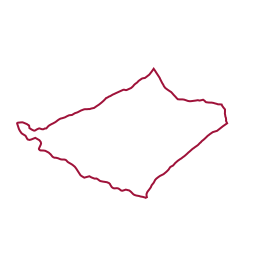 outline of Bidung, Tashigang, Bhutan, rotated 55°
{"feature_id": "84629894B69325222968973", "entity_name": "Bidung", "entity_type": "district", "adm_level": 2, "iso_a3": "BTN", "parent_name": "Bhutan", "parent_adm1": "Tashigang", "projection": "equal_earth", "projection_center": [91.654, 27.391], "detail": "fine", "context": "isolated", "style": "outline", "palette": "rose", "viewbox_px": 256, "rotation_deg": 55, "n_neighbors": 0, "source": "geoboundaries", "source_scale": "gbopen_adm2", "svg_char_len": 4080}
<svg xmlns="http://www.w3.org/2000/svg" viewBox="0 0 256 256"><g transform="rotate(55 128 128)"><path d="M60.5,216.1L61.2,216.4L62.6,216.8L65.2,217.6L66.1,217.9L68.3,218.2L71.3,218.2L72.6,217.7L74.2,217.0L75.6,216.4L76.3,216.5L77.7,216.6L78.7,216.8L79.9,216.7L81.3,215.5L81.9,213.9L82.9,209.6L87.1,207.6L89.3,207.5L90.7,208.0L91.5,208.9L93.8,212.8L94.3,213.1L95.3,213.0L95.8,212.8L96.3,212.4L98.1,210.0L99.3,208.8L102.2,207.3L103.2,206.9L104.1,206.8L105.0,206.5L108.2,206.3L109.4,205.8L110.3,205.1L111.0,204.1L112.6,202.7L114.8,201.3L115.6,200.6L117.3,198.3L118.3,197.4L119.2,197.1L121.0,196.9L122.1,196.5L125.1,195.1L126.3,194.6L129.2,193.8L131.5,193.7L139.5,194.0L141.2,193.4L143.6,192.3L143.8,191.7L145.4,187.3L147.5,186.3L150.3,184.4L151.3,182.8L152.5,182.2L155.0,181.4L155.7,181.0L157.5,179.3L159.5,177.2L160.5,176.2L161.1,175.9L161.9,175.3L162.6,175.1L163.6,174.9L164.6,175.1L167.1,175.2L168.0,174.9L168.9,174.5L169.7,173.7L170.8,171.8L171.6,170.9L172.6,170.3L175.2,169.5L175.7,169.1L176.2,168.5L177.0,166.0L177.1,165.4L177.7,164.7L178.7,163.9L179.1,163.5L179.9,162.8L181.5,162.3L182.4,162.1L185.0,161.7L186.4,161.2L188.0,160.0L190.0,158.0L191.2,157.1L191.7,156.6L193.1,155.2L193.8,154.7L194.3,154.2L195.3,153.6L195.5,152.2L194.4,151.8L192.8,150.8L191.9,149.5L191.4,148.6L190.5,145.7L189.7,143.4L188.5,141.5L188.2,140.5L188.0,139.8L187.6,138.4L187.0,137.2L186.1,135.5L185.7,133.6L185.7,132.8L185.6,131.4L185.6,129.3L186.2,125.4L186.0,123.0L185.9,121.7L185.7,120.4L185.5,119.4L185.3,118.4L185.0,117.8L184.7,117.0L184.3,116.1L184.3,114.7L184.6,112.8L184.3,111.4L184.1,110.6L183.9,109.9L183.7,109.1L183.7,108.5L183.6,107.8L183.5,107.0L183.4,105.8L183.4,104.9L183.4,103.2L183.5,102.0L183.5,101.3L183.4,100.3L183.4,99.2L183.4,98.3L183.3,96.9L183.2,96.1L183.0,94.4L182.9,93.7L182.7,92.6L182.6,91.0L182.5,90.3L182.4,89.4L182.3,88.6L182.2,87.8L182.1,86.9L182.2,85.8L182.1,85.0L182.1,84.3L182.1,83.5L182.1,82.8L182.1,82.1L182.1,81.5L182.1,80.8L182.0,80.1L181.9,79.4L181.7,78.6L181.6,78.0L181.5,77.3L181.5,76.5L181.2,75.8L181.1,75.0L181.0,74.1L181.0,73.1L180.9,72.5L180.8,71.5L180.7,70.8L180.5,69.5L180.4,68.8L180.2,67.8L180.1,67.0L180.1,66.4L180.1,65.6L180.0,65.0L180.0,64.2L180.0,63.4L180.0,62.6L180.0,61.9L180.0,61.0L180.5,59.4L181.2,57.3L181.4,56.7L181.4,56.1L181.3,55.3L181.3,54.7L181.0,49.3L181.0,48.4L181.0,44.7L181.0,44.1L178.3,43.6L177.7,43.0L175.9,42.0L174.6,41.7L173.0,40.9L171.8,40.4L170.8,39.6L168.4,37.9L166.0,38.1L163.6,38.1L162.5,37.8L161.7,38.7L160.2,40.7L159.2,41.4L157.3,43.0L156.5,43.6L155.2,44.9L153.5,47.2L151.7,49.2L151.0,49.5L150.0,49.6L148.9,49.9L147.9,50.3L147.6,51.2L146.6,53.6L146.1,54.1L145.3,54.8L144.9,55.6L144.2,57.1L143.2,59.0L142.0,61.3L141.2,62.4L140.2,63.4L138.5,64.6L136.9,65.8L135.8,67.0L134.2,69.3L133.0,70.7L131.6,71.0L130.4,71.1L129.0,71.3L127.0,71.6L125.0,71.8L123.4,72.0L121.7,72.7L119.1,73.7L116.6,74.5L114.4,74.6L112.8,74.3L110.7,74.2L106.5,73.6L105.0,73.3L102.3,73.2L98.6,73.1L96.8,73.0L95.5,73.0L94.2,73.0L95.3,76.0L96.5,79.9L96.7,84.2L96.7,85.6L96.1,86.6L95.9,87.2L95.6,87.8L95.5,88.5L95.5,89.4L95.5,91.1L95.5,91.9L95.6,92.9L95.9,93.9L96.0,95.0L96.0,96.6L96.2,98.3L96.6,99.6L96.8,100.6L96.9,101.5L97.0,102.5L96.1,107.4L95.4,108.4L94.5,109.1L94.0,109.9L92.7,116.9L92.5,118.0L92.1,120.4L91.9,121.2L91.7,124.2L91.4,125.2L91.3,125.8L91.3,126.6L91.2,127.7L90.9,128.7L91.2,129.8L91.6,131.9L91.7,132.5L91.8,133.4L92.0,135.2L92.2,138.4L92.1,141.2L92.1,144.3L91.0,146.9L90.5,148.6L89.7,149.7L89.2,150.6L87.6,153.0L87.4,153.7L86.7,156.5L86.2,160.4L85.4,163.1L85.2,166.4L83.8,168.9L83.4,171.0L83.1,173.6L82.2,176.4L81.7,177.6L81.5,178.5L81.4,179.8L81.4,181.6L81.5,182.5L81.5,183.6L81.5,184.5L81.3,186.1L81.2,187.1L81.0,188.1L80.9,188.9L80.7,191.0L80.8,192.4L81.4,194.7L81.4,195.4L80.7,196.4L80.5,197.9L80.2,198.5L79.4,199.4L77.6,200.7L77.3,201.2L77.1,202.1L76.9,203.2L76.8,203.9L76.8,205.1L76.6,206.0L76.0,206.7L74.6,207.5L73.3,208.1L71.6,208.8L70.9,208.4L69.9,208.0L69.4,207.7L68.5,207.8L68.0,208.2L66.9,208.5L65.2,209.6L63.9,210.4L62.8,211.2L62.0,212.5L61.5,213.4L60.5,215.1L60.5,216.1Z" fill="none" stroke="#9f1239" stroke-width="2"/></g></svg>